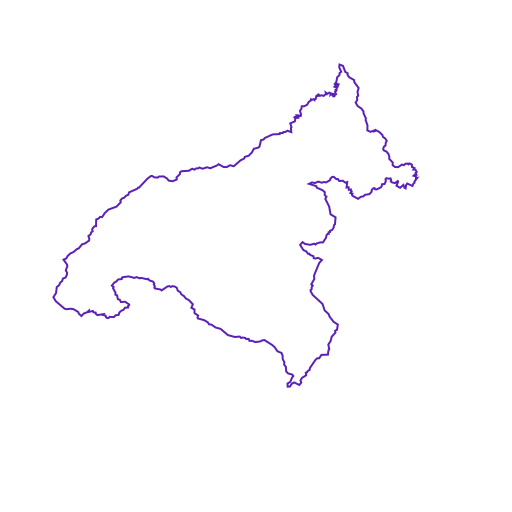 Pua, Nan, Thailand, rotated 232°
{"feature_id": "78962969B90193228805954", "entity_name": "Pua", "entity_type": "district", "adm_level": 2, "iso_a3": "THA", "parent_name": "Thailand", "parent_adm1": "Nan", "projection": "natural_earth1", "projection_center": [100.983, 19.171], "detail": "fine", "context": "isolated", "style": "outline", "palette": "violet", "viewbox_px": 512, "rotation_deg": 232, "n_neighbors": 0, "source": "geoboundaries", "source_scale": "gbopen_adm2", "svg_char_len": 6137}
<svg xmlns="http://www.w3.org/2000/svg" viewBox="0 0 512 512"><g transform="rotate(232 256 256)"><path d="M371.6,102.1L365.4,101.8L364.1,101.0L361.7,97.2L359.2,96.9L357.8,95.7L356.3,92.7L357.1,89.9L355.6,87.8L355.6,85.5L354.2,82.8L354.2,79.9L349.9,75.6L348.3,71.0L343.6,70.4L332.4,72.7L330.8,73.8L328.7,77.3L326.4,79.5L321.4,81.4L319.5,80.9L316.2,81.5L316.7,84.9L315.6,88.4L315.8,90.6L314.9,89.8L313.1,93.6L311.5,93.3L310.2,94.8L308.9,94.2L307.0,94.7L304.0,100.2L303.6,99.2L301.5,100.8L300.0,100.1L298.4,100.8L297.9,101.7L298.2,103.2L295.4,106.3L295.7,108.8L294.2,111.6L295.6,113.5L295.8,115.9L295.2,118.5L295.9,121.0L294.2,123.4L295.3,124.3L295.2,125.6L295.9,126.2L300.5,124.7L302.9,121.2L305.2,121.7L307.1,120.6L310.5,122.3L312.1,121.4L313.6,122.7L318.6,123.5L319.2,124.7L321.4,124.2L322.3,128.0L321.9,130.3L322.4,132.9L320.5,136.0L321.5,137.1L321.3,138.0L318.4,143.0L313.6,146.7L312.9,148.9L310.0,150.6L309.5,152.0L304.8,155.8L304.6,156.8L302.4,157.0L299.2,159.1L297.0,158.9L296.5,157.9L294.5,157.7L293.6,156.4L292.6,156.4L288.3,160.2L287.0,160.4L286.5,167.5L285.6,169.2L284.0,169.9L283.8,171.4L282.1,173.1L279.7,174.0L276.9,173.0L274.1,174.0L271.7,173.6L268.5,174.6L265.9,174.5L262.7,175.9L256.9,176.5L254.9,173.2L251.8,174.6L248.8,172.4L244.7,173.7L243.4,171.9L242.5,171.8L237.3,175.7L233.3,177.2L231.1,176.9L229.4,178.6L224.4,180.2L220.5,183.2L210.9,185.2L205.2,189.5L202.5,193.6L200.6,193.8L199.9,195.4L198.0,197.1L196.6,197.1L195.2,199.2L193.1,198.6L191.6,200.7L188.6,202.4L185.9,207.1L185.8,208.6L184.6,210.9L176.1,213.9L172.7,214.6L167.8,214.2L163.9,216.4L160.8,215.5L158.6,213.7L154.8,212.9L153.3,211.4L150.1,211.2L146.6,208.8L143.8,208.9L140.2,211.6L138.4,211.5L138.0,209.5L135.7,205.6L136.1,202.3L133.5,200.5L132.2,202.5L133.3,205.3L132.9,208.2L127.7,210.7L128.4,213.7L130.5,214.4L131.7,217.3L131.1,222.0L133.4,223.4L132.8,224.6L133.5,225.9L133.2,228.1L134.5,229.4L137.5,238.8L137.7,241.4L136.5,242.8L137.8,246.7L134.0,251.9L137.2,255.2L137.4,256.3L141.7,258.5L143.0,262.3L145.8,266.0L146.7,271.4L148.4,272.3L148.0,274.4L151.6,278.3L156.4,276.6L163.2,276.7L165.4,277.5L170.9,276.6L177.2,278.9L190.4,276.7L194.2,277.3L195.5,277.9L195.5,279.3L197.4,281.0L197.8,282.5L199.6,282.1L202.0,287.8L204.9,289.7L211.6,301.5L212.3,305.5L216.3,303.8L217.5,301.1L218.8,300.2L220.5,301.1L223.6,299.3L225.0,299.4L225.6,298.4L228.9,298.4L231.4,297.0L237.6,297.6L238.3,301.2L235.4,302.0L231.5,305.5L229.7,309.6L228.3,310.1L228.5,311.5L227.2,315.0L225.5,317.0L227.2,322.2L229.2,324.8L229.3,326.7L228.8,327.0L230.0,327.9L229.4,329.0L230.3,329.9L229.7,331.7L230.2,334.0L232.4,336.8L232.4,337.8L237.5,342.5L243.0,340.4L249.9,344.1L258.4,345.8L259.3,348.0L261.7,347.7L264.0,349.5L266.7,349.0L272.4,346.0L274.0,346.5L280.2,342.2L279.5,345.4L277.2,347.4L276.3,350.9L273.3,352.9L272.6,354.9L270.8,356.6L270.2,361.2L271.3,362.4L271.4,364.7L270.5,366.0L267.0,366.7L266.3,367.9L263.9,367.7L261.9,370.7L258.7,371.6L258.1,373.4L254.2,369.5L253.2,371.3L251.0,369.9L250.0,371.7L249.0,370.9L248.1,371.2L247.5,369.2L245.8,370.4L245.3,369.3L244.2,369.1L238.2,371.6L238.1,375.0L236.9,377.3L237.1,379.6L234.9,383.5L235.5,386.7L236.8,387.9L237.1,390.0L236.5,391.2L235.2,390.9L234.2,392.1L233.2,396.4L233.7,398.2L235.0,399.4L233.6,401.6L235.1,404.5L236.8,405.3L237.1,406.6L235.4,407.9L234.3,409.8L232.5,409.2L231.9,408.1L230.4,408.4L227.9,410.4L227.8,413.8L227.0,413.7L224.9,410.0L221.0,411.5L221.3,415.9L218.4,415.0L217.2,415.5L219.5,418.0L220.0,419.8L214.9,422.4L216.1,424.5L216.2,426.1L217.2,426.9L218.3,431.1L218.9,430.0L220.3,431.0L222.2,429.6L222.3,431.2L221.4,432.5L223.2,432.9L223.3,434.4L226.0,434.8L227.2,433.3L228.0,435.0L230.2,433.7L232.1,435.1L234.5,433.9L234.4,432.5L235.4,432.4L236.7,430.7L236.5,428.5L238.2,427.3L238.5,422.7L240.6,420.3L243.4,419.6L245.5,421.3L250.6,420.8L252.1,422.2L254.9,423.2L258.0,423.1L260.6,421.7L262.0,422.0L263.4,424.1L263.3,426.0L265.3,427.9L266.2,429.9L269.1,430.2L271.6,429.4L273.6,430.1L277.8,429.5L280.8,428.2L281.4,426.2L282.0,427.0L283.3,422.7L286.4,421.1L290.4,424.3L295.7,426.1L296.9,427.4L302.1,428.5L303.7,429.7L307.3,429.8L311.7,428.4L315.6,429.0L316.6,431.9L319.1,433.4L319.4,435.2L322.7,436.9L325.2,440.3L332.3,440.5L334.4,441.6L339.4,439.5L342.1,439.6L343.6,440.7L346.1,439.7L352.3,441.6L355.4,439.7L353.4,437.7L348.7,436.6L348.7,434.5L347.1,433.0L346.9,430.1L343.6,426.3L343.0,423.8L342.2,423.8L342.0,425.7L340.8,426.5L341.0,425.1L339.9,425.6L339.0,424.3L341.0,422.9L341.0,422.1L339.0,423.2L337.6,422.0L337.8,420.9L336.8,421.0L336.7,419.3L334.2,418.7L334.3,417.9L335.7,416.9L334.1,416.8L333.6,416.2L334.2,415.2L337.3,415.3L337.2,413.9L338.2,414.9L339.5,414.5L339.9,412.2L341.8,411.6L340.2,410.9L340.7,410.3L340.5,407.9L342.3,406.6L342.9,404.9L344.9,404.7L345.0,403.7L344.1,403.1L344.9,402.0L343.0,399.8L343.4,398.7L342.9,398.1L344.1,397.9L344.7,396.1L345.6,395.8L344.8,394.8L345.0,392.4L343.7,389.5L344.3,386.3L345.8,384.2L344.1,382.5L343.3,380.0L340.1,378.8L338.8,377.5L339.5,376.1L340.3,376.4L341.8,374.8L339.0,374.3L339.6,373.3L341.1,373.4L341.7,372.6L341.6,371.6L340.2,371.7L338.2,369.6L339.4,364.6L335.7,363.3L335.3,362.2L331.9,360.1L335.4,357.9L335.7,355.4L336.8,353.9L336.4,352.8L338.2,350.4L337.5,349.7L341.5,344.1L343.6,335.5L343.1,333.7L344.2,331.3L340.0,326.0L340.1,324.2L341.8,320.3L340.1,316.4L339.5,311.9L341.0,308.3L340.1,306.7L340.9,302.6L340.4,293.7L343.5,291.5L344.1,287.7L346.1,285.2L351.4,283.0L351.3,281.2L353.3,274.0L356.1,272.0L357.6,267.7L360.6,265.8L360.7,264.2L361.9,262.8L362.0,260.6L364.1,259.4L364.5,255.6L368.7,249.4L368.7,247.6L367.3,246.3L366.9,241.8L365.1,240.7L366.2,236.4L369.2,233.6L371.9,233.6L375.6,232.2L378.4,228.4L378.3,226.8L380.6,224.3L382.9,223.5L383.7,222.5L383.8,218.2L381.9,205.9L382.5,205.2L382.1,203.8L384.3,195.2L382.9,193.1L383.5,190.6L383.1,187.8L383.8,185.9L383.3,183.3L381.6,182.5L380.8,176.4L383.4,168.4L383.0,163.6L381.4,158.6L382.8,157.3L382.5,154.7L383.2,152.6L378.0,148.3L378.8,147.1L378.5,144.8L377.9,143.3L376.0,142.5L376.1,140.6L374.9,139.0L374.9,136.2L372.4,135.4L370.9,134.0L371.2,128.8L372.3,126.1L371.1,120.9L371.7,119.4L371.5,114.4L372.3,111.5L372.0,107.7L370.9,104.9L371.6,102.1Z" fill="none" stroke="#5b21b6" stroke-width="2"/></g></svg>